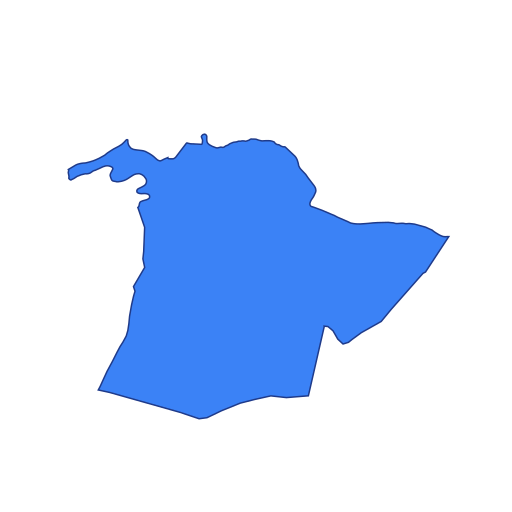 Mae Lan, Pattani, Thailand (Natural Earth projection), rotated 253°
{"feature_id": "78962969B32664708228231", "entity_name": "Mae Lan", "entity_type": "district", "adm_level": 2, "iso_a3": "THA", "parent_name": "Thailand", "parent_adm1": "Pattani", "projection": "natural_earth1", "projection_center": [101.273, 6.665], "detail": "fine", "context": "isolated", "style": "filled", "palette": "blue", "viewbox_px": 512, "rotation_deg": 253, "n_neighbors": 0, "source": "geoboundaries", "source_scale": "gbopen_adm2", "svg_char_len": 6135}
<svg xmlns="http://www.w3.org/2000/svg" viewBox="0 0 512 512"><g transform="rotate(253 256 256)"><path d="M218.2,446.0L218.5,445.1L219.1,442.6L219.9,440.7L220.9,439.3L222.6,437.4L225.4,434.9L227.2,433.4L229.4,431.9L230.8,430.2L234.0,426.6L240.2,416.8L242.0,412.7L242.4,411.5L243.0,408.8L244.2,406.4L244.9,404.1L245.8,400.3L246.4,398.8L247.4,397.3L249.5,392.3L252.4,381.9L253.5,377.3L254.2,373.7L254.9,370.5L256.2,364.9L257.4,361.2L258.6,358.5L259.9,356.1L261.7,354.2L269.2,345.4L272.0,342.6L274.1,340.0L280.5,332.4L284.0,327.8L285.9,325.3L287.1,323.5L287.7,322.9L288.3,322.7L289.2,322.6L290.1,322.7L291.0,323.2L292.0,323.9L293.3,325.1L295.9,328.3L297.4,329.7L299.7,331.7L300.8,332.3L301.6,332.5L303.2,332.7L304.4,332.6L306.3,332.1L315.7,328.6L319.5,327.4L325.1,324.6L326.8,323.8L328.6,323.4L329.8,323.2L332.4,323.5L334.3,323.5L335.8,323.5L337.2,323.3L338.6,323.0L340.1,322.4L351.0,316.2L351.9,315.6L352.0,315.5L352.3,314.4L352.6,313.7L353.0,313.1L353.2,312.8L353.7,312.2L355.7,310.4L356.4,308.9L356.7,308.5L357.2,308.0L358.0,307.4L358.6,307.1L359.3,306.9L359.5,306.8L359.7,306.7L359.9,306.5L360.1,306.3L360.8,305.3L361.2,304.8L361.9,303.5L362.1,303.1L362.5,302.0L363.2,299.7L363.5,298.7L364.2,295.8L364.5,295.0L365.1,293.9L366.1,292.3L367.6,290.3L367.9,289.6L368.2,288.8L368.8,286.9L369.3,285.6L369.3,285.1L369.3,284.8L368.9,283.4L368.8,283.0L368.8,282.3L368.7,280.7L368.8,279.8L368.8,279.6L368.9,279.3L369.4,278.5L369.8,277.5L370.1,276.6L370.2,276.1L370.3,274.9L370.4,274.3L370.5,274.1L370.8,273.3L370.8,273.1L370.9,272.5L370.8,271.1L370.9,270.3L371.3,268.0L371.3,267.3L371.3,266.8L371.0,263.8L370.6,262.5L370.3,261.5L370.2,261.0L370.2,259.7L370.1,259.2L369.9,258.5L369.5,257.2L369.5,256.8L369.5,256.4L369.6,255.9L370.2,254.7L370.4,254.1L370.5,253.7L370.5,252.9L370.6,251.1L370.7,250.5L370.9,250.0L371.3,249.3L373.7,246.2L374.5,245.4L376.2,243.8L376.9,243.4L377.4,243.1L377.8,242.9L378.4,242.7L379.2,242.6L379.6,242.6L380.0,242.6L381.1,242.8L381.9,243.0L384.7,243.9L385.4,243.9L385.9,243.8L386.4,243.6L386.8,243.4L387.3,242.9L387.5,242.5L387.6,242.3L387.6,241.8L387.6,241.2L387.6,240.8L387.5,240.5L387.2,239.9L386.9,239.4L386.6,239.0L386.3,238.8L386.0,238.6L385.8,238.6L382.9,238.8L382.2,238.7L381.6,238.5L379.8,237.7L379.0,237.2L378.9,237.1L378.8,236.9L378.7,236.6L378.8,236.3L380.2,232.5L381.1,230.0L381.6,228.7L381.9,227.7L382.3,226.6L382.5,226.1L383.8,223.8L384.0,223.4L384.3,223.1L384.3,222.9L384.3,222.7L384.2,222.5L384.0,222.1L374.3,208.6L373.8,207.8L373.4,206.8L373.2,206.0L373.2,205.7L373.2,205.1L373.3,204.7L373.5,204.0L374.1,202.1L374.6,200.9L374.9,200.5L375.0,200.4L375.4,200.4L375.6,200.4L375.9,200.5L375.8,199.4L375.5,196.4L375.1,194.2L374.9,192.6L375.0,192.3L375.0,192.0L375.2,191.6L375.5,191.2L376.0,190.6L376.4,190.1L376.9,189.7L378.7,188.6L381.2,187.1L382.7,186.0L385.1,184.0L385.7,183.4L388.0,181.1L388.6,180.4L388.9,179.9L389.3,179.4L390.1,177.9L392.5,172.5L393.4,170.7L393.8,170.0L394.4,169.2L394.9,168.7L395.4,168.2L395.9,167.8L397.1,167.3L398.2,166.9L398.8,166.7L399.9,166.6L400.6,166.6L401.2,166.6L402.5,166.8L404.4,167.3L404.6,167.2L404.8,167.0L405.0,166.7L405.0,166.1L404.9,165.8L403.2,162.8L402.1,160.5L401.6,158.9L401.0,156.6L400.0,151.2L399.4,148.9L398.5,145.8L398.0,144.1L396.9,141.4L396.7,141.0L396.5,140.2L395.3,134.6L394.8,130.7L394.6,128.0L394.6,124.5L394.8,120.6L394.9,119.8L395.3,118.2L395.6,116.6L395.8,115.0L395.9,113.0L395.9,112.0L395.8,111.2L395.7,110.3L393.6,101.8L393.2,101.9L392.8,101.9L392.7,101.9L391.0,101.0L390.8,100.9L390.4,100.8L388.4,100.6L387.3,100.5L386.8,100.4L386.0,100.1L385.5,99.9L385.0,99.7L384.7,99.8L384.4,99.9L384.0,100.0L383.4,100.5L383.1,100.8L382.8,101.2L382.8,101.4L383.0,102.1L383.3,104.3L383.7,105.7L384.4,108.1L384.5,108.4L384.5,109.0L384.6,110.5L384.8,112.2L384.6,116.2L384.5,116.6L384.5,117.0L384.1,118.0L384.0,118.5L383.9,119.1L383.8,119.8L383.8,121.2L383.9,121.9L384.6,124.1L385.0,125.5L385.0,127.0L385.0,127.5L385.2,128.9L385.5,131.7L386.0,135.1L386.1,135.8L386.1,136.2L386.1,137.1L386.1,138.1L386.1,138.7L386.0,139.1L385.7,140.3L385.4,141.0L385.1,141.7L384.6,142.5L383.7,143.6L383.5,143.9L383.1,144.2L382.7,144.4L382.3,144.6L382.0,144.7L381.5,144.7L381.4,144.6L381.0,144.5L380.5,144.0L378.9,142.5L377.5,141.1L376.9,140.7L376.1,140.2L375.8,140.1L375.4,140.0L373.5,140.0L372.0,140.1L371.1,140.2L370.5,140.4L369.9,140.8L369.6,141.1L369.3,141.6L368.8,142.5L368.2,143.7L367.8,144.3L367.5,145.1L367.3,145.7L367.2,146.4L366.9,148.5L366.8,149.5L366.8,151.9L366.9,153.0L367.0,153.8L367.3,155.3L367.8,157.1L368.6,159.8L369.2,162.0L369.4,162.9L369.5,163.8L369.5,164.5L369.5,165.3L369.3,166.5L369.1,167.4L369.0,168.0L368.9,168.3L368.7,168.7L368.4,169.1L367.8,169.9L367.3,170.5L366.4,171.3L365.9,171.6L365.4,172.0L364.9,172.3L364.0,172.6L362.6,173.1L361.9,173.3L361.1,173.4L360.6,173.4L359.5,173.1L358.8,172.9L358.0,172.4L357.5,172.0L357.3,171.9L356.8,171.3L356.3,170.4L356.1,170.0L356.0,169.7L355.8,169.0L355.3,166.6L354.9,163.9L354.7,163.1L354.6,162.6L354.4,162.2L354.0,161.7L353.6,161.3L353.3,161.2L352.9,161.0L352.7,161.0L351.9,160.9L351.8,161.0L351.3,161.2L350.6,161.8L350.2,162.4L349.8,163.0L349.5,163.7L349.1,164.6L349.0,165.0L348.7,166.3L348.4,167.4L348.1,168.3L347.7,169.2L347.1,170.2L347.0,170.4L346.6,170.8L346.3,171.2L345.9,171.4L345.5,171.6L345.2,171.7L345.0,171.8L344.3,171.7L344.0,171.7L343.5,171.5L343.2,171.4L342.8,171.1L342.7,170.9L342.3,170.4L342.1,169.6L341.9,168.7L341.8,168.0L341.9,164.6L341.9,163.8L341.8,162.8L341.7,161.7L341.5,161.1L341.2,160.7L340.9,160.4L340.6,160.2L340.1,159.8L339.3,159.4L338.3,158.8L337.8,158.5L337.6,158.3L337.3,157.9L337.1,157.5L337.0,157.2L316.0,157.9L293.1,149.9L286.3,147.0L277.6,146.2L262.6,129.9L257.7,130.0L253.3,127.1L245.6,122.7L235.4,117.5L228.6,114.7L222.3,111.7L217.4,108.5L212.5,103.5L209.1,99.5L204.5,94.9L197.2,87.9L189.3,79.9L182.8,74.1L176.9,68.9L174.0,66.0L168.4,76.0L128.8,137.5L117.0,154.0L115.7,161.9L118.1,177.7L119.9,197.8L119.2,212.8L117.9,229.3L111.7,243.7L107.0,265.2L168.7,300.7L169.0,300.7L167.5,304.2L161.9,307.8L152.6,309.9L146.4,313.5L146.4,319.2L148.1,323.4L151.9,334.3L156.8,356.6L165.4,369.6L190.6,410.6L191.1,413.4L218.2,446.0Z" fill="#3b82f6" stroke="#1e3a8a" stroke-width="1.5"/></g></svg>